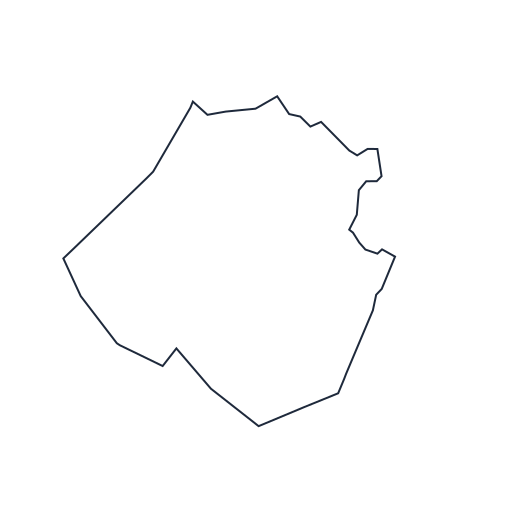 the district of Luzerne, Pennsylvania, United States of America, rotated 318°
{"feature_id": "52423323B94155406981668", "entity_name": "Luzerne", "entity_type": "district", "adm_level": 2, "iso_a3": "USA", "parent_name": "United States of America", "parent_adm1": "Pennsylvania", "projection": "albers", "projection_center": [-75.889, 41.165], "detail": "fine", "context": "isolated", "style": "outline", "palette": "slate", "viewbox_px": 512, "rotation_deg": 318, "n_neighbors": 0, "source": "geoboundaries", "source_scale": "gbopen_adm2", "svg_char_len": 725}
<svg xmlns="http://www.w3.org/2000/svg" viewBox="0 0 512 512"><g transform="rotate(318 256 256)"><path d="M98.9,168.5L94.2,227.7L95.1,231.2L113.0,275.3L135.0,271.4L133.7,324.5L144.1,384.2L190.6,400.5L225.2,413.0L239.1,406.4L244.2,403.8L267.0,393.1L306.5,374.6L319.4,365.2L327.4,364.6L358.9,349.5L354.1,335.4L347.8,335.5L341.6,324.4L341.7,315.1L343.7,303.6L342.9,298.8L358.5,292.8L376.5,275.9L387.9,274.2L395.8,281.2L402.7,280.7L417.8,257.7L410.6,251.1L398.5,248.9L395.9,240.1L394.1,199.9L383.0,196.2L382.2,182.0L375.6,172.7L378.6,151.5L354.2,146.2L330.1,128.4L314.4,118.6L312.4,99.0L306.4,101.9L294.6,105.7L236.0,124.5L226.8,125.0L124.9,128.5L111.2,128.9L98.9,168.5Z" fill="none" stroke="#1e293b" stroke-width="2"/></g></svg>